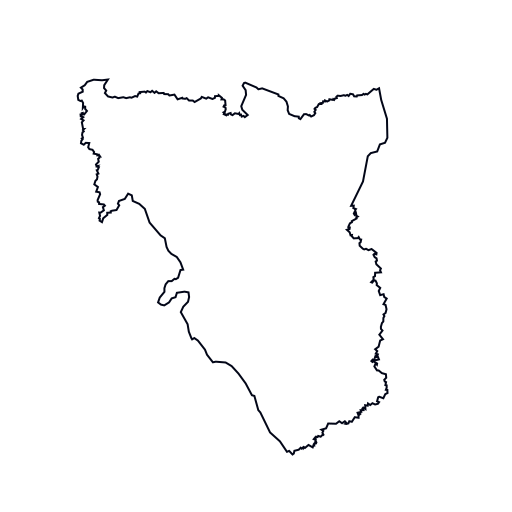 the district of Si That, Udon Thani, Thailand, rotated 260°
{"feature_id": "78962969B71441288528708", "entity_name": "Si That", "entity_type": "district", "adm_level": 2, "iso_a3": "THA", "parent_name": "Thailand", "parent_adm1": "Udon Thani", "projection": "mercator", "projection_center": [103.258, 17.041], "detail": "fine", "context": "isolated", "style": "outline", "palette": "ink", "viewbox_px": 512, "rotation_deg": 260, "n_neighbors": 0, "source": "geoboundaries", "source_scale": "gbopen_adm2", "svg_char_len": 6091}
<svg xmlns="http://www.w3.org/2000/svg" viewBox="0 0 512 512"><g transform="rotate(260 256 256)"><path d="M307.4,157.0L292.9,165.6L289.3,169.3L280.4,169.5L276.4,170.6L272.8,173.0L268.8,177.8L262.9,180.5L255.2,181.9L255.3,179.2L248.1,175.5L247.1,173.0L247.7,171.8L245.9,168.6L246.5,165.3L243.8,162.1L240.2,160.2L236.6,159.6L231.8,154.0L227.3,151.5L224.6,154.0L223.3,157.1L225.4,162.3L228.9,165.6L229.4,169.6L233.5,171.7L233.3,179.4L231.9,183.2L227.2,183.0L222.7,181.1L218.7,175.6L213.8,172.2L200.7,176.8L193.1,176.7L186.3,178.1L185.0,178.6L185.9,181.0L182.8,184.1L172.6,189.5L167.3,190.6L158.8,195.1L158.9,198.1L156.4,207.6L151.8,212.9L143.3,218.3L132.3,223.7L119.6,227.8L118.5,230.1L103.8,231.5L101.2,233.1L79.8,239.2L69.3,247.4L57.8,252.5L58.3,254.8L54.2,257.5L54.9,258.9L57.5,260.0L57.8,264.4L59.4,266.7L58.4,267.4L59.4,269.2L58.5,269.3L59.3,270.2L58.5,270.9L60.8,274.9L57.7,278.6L60.0,279.9L59.5,280.5L61.1,280.8L61.0,282.5L61.9,283.1L62.6,282.9L62.0,281.8L64.5,282.9L65.6,281.1L66.7,282.4L65.5,282.8L67.6,283.8L67.0,285.2L68.0,286.0L66.8,288.3L68.5,290.7L67.5,291.6L70.4,290.7L72.0,291.9L73.6,290.3L74.1,295.1L78.5,298.0L76.9,305.7L78.8,309.3L76.4,311.7L77.8,314.8L76.1,315.9L75.3,314.8L74.9,315.7L75.1,317.9L77.1,319.2L76.1,321.6L80.1,325.3L78.9,328.9L81.2,329.3L82.3,331.2L83.6,330.1L82.8,329.0L84.0,328.8L84.2,332.6L86.0,332.3L85.6,334.9L87.3,334.3L88.1,335.3L86.3,337.2L90.1,337.6L89.2,340.0L91.3,340.7L89.4,342.6L90.8,345.1L89.1,347.5L89.3,350.4L90.7,351.8L91.9,350.0L95.7,351.8L96.0,352.9L93.8,356.7L97.5,359.3L98.2,361.7L101.3,362.1L101.7,360.7L103.6,361.8L105.9,362.2L106.4,361.0L109.2,362.2L110.1,361.0L111.8,360.8L113.5,363.1L117.0,363.4L118.8,359.6L122.0,356.9L122.3,355.3L126.7,353.4L129.5,355.2L128.0,356.2L129.1,356.6L131.3,354.1L132.4,354.4L131.4,352.3L132.5,351.4L133.8,353.0L132.6,356.1L132.8,359.1L135.8,358.5L135.3,355.5L136.7,356.2L137.0,358.2L138.0,358.9L139.0,357.0L141.3,358.9L143.5,357.2L145.4,361.0L151.2,363.6L152.0,366.6L157.1,363.8L160.6,367.6L162.5,366.4L164.6,366.7L168.1,368.4L169.4,370.0L172.9,370.7L174.5,372.0L176.3,371.4L177.4,373.7L180.9,375.3L185.3,375.1L186.4,373.2L191.4,377.3L193.3,375.2L196.2,375.0L195.9,371.5L200.2,370.8L203.0,372.8L206.4,369.8L208.1,370.3L211.0,369.4L211.4,367.9L209.6,365.8L210.2,364.9L212.3,367.8L214.8,367.9L215.5,369.7L218.8,370.4L218.2,376.2L220.4,375.7L222.0,376.8L226.9,373.1L229.8,372.9L230.4,374.3L232.8,374.3L234.2,372.7L236.8,371.9L237.6,373.0L236.7,374.8L238.1,375.3L242.8,371.0L242.2,367.8L244.0,365.6L243.7,363.7L244.6,362.5L248.1,359.9L250.7,360.1L251.4,361.4L253.9,362.4L254.3,361.2L256.8,360.4L255.9,359.4L256.4,355.3L259.0,353.7L260.0,354.1L260.0,352.7L263.0,352.4L266.0,350.1L266.3,352.8L267.8,353.3L268.2,351.9L268.9,352.1L271.9,354.2L272.6,356.3L273.7,356.4L275.5,361.6L276.7,361.5L277.2,363.0L278.2,361.9L280.3,361.9L279.3,360.3L280.8,359.7L282.2,360.7L281.8,361.8L284.1,361.6L284.9,362.5L286.2,360.2L288.6,361.0L288.9,358.4L310.8,374.3L334.8,383.4L337.4,386.9L337.9,393.5L344.4,397.4L345.1,402.7L349.6,405.9L368.4,408.8L388.0,406.4L399.8,406.3L398.8,403.5L400.1,401.0L395.8,393.7L396.6,392.4L396.1,391.0L397.0,390.1L396.1,388.3L396.6,383.5L395.6,382.9L396.2,380.4L398.4,379.6L399.4,377.0L397.5,375.0L398.8,373.8L398.3,371.8L399.1,370.5L398.9,367.1L399.7,364.2L398.8,362.8L397.5,363.0L397.3,361.0L396.2,360.1L397.1,359.3L396.4,358.8L397.6,355.5L396.5,355.1L395.8,352.9L397.2,351.0L396.2,350.7L396.7,349.0L395.2,348.4L395.3,346.2L394.4,346.5L394.7,344.2L392.1,342.1L391.6,340.2L390.7,339.2L389.5,340.1L387.8,338.5L386.4,339.2L384.6,337.5L383.8,334.5L385.5,333.4L385.1,332.7L387.0,330.1L387.3,327.9L383.1,323.5L384.2,322.1L385.8,322.3L387.0,318.2L390.2,313.3L394.1,312.5L397.7,313.4L402.7,312.8L406.5,310.6L409.7,305.9L411.2,306.1L420.0,291.2L419.8,287.3L421.9,285.7L428.6,275.5L428.4,274.2L426.0,272.4L421.1,274.6L416.4,274.2L406.1,267.5L402.4,267.9L396.3,272.3L394.7,269.1L396.1,268.1L395.8,266.1L397.8,265.8L397.6,264.6L399.6,264.3L398.9,263.5L400.2,260.0L398.8,257.3L399.9,255.8L401.2,255.8L400.9,253.3L399.9,252.8L400.6,251.1L399.9,250.9L401.3,248.9L402.4,249.8L403.1,249.1L403.6,250.5L405.9,251.7L407.5,251.7L408.7,250.0L409.9,250.9L409.9,252.2L414.5,252.6L415.9,251.3L416.2,249.2L417.7,249.9L420.7,247.3L420.1,247.2L420.5,243.4L418.9,243.0L418.2,240.4L420.6,236.4L419.6,234.3L422.1,230.2L420.7,229.0L418.3,222.3L420.1,220.7L420.7,217.1L423.5,215.1L423.1,213.6L423.9,210.9L424.6,210.8L423.9,206.0L429.1,203.7L429.1,198.6L430.6,197.6L431.4,193.7L432.6,193.4L433.2,188.4L435.5,186.3L434.3,184.4L436.7,182.4L435.6,180.5L437.3,177.6L436.1,176.0L437.2,174.9L437.6,170.0L436.4,170.1L436.4,168.5L433.6,166.7L434.5,164.7L433.5,160.9L434.2,159.4L434.0,155.6L435.4,152.9L435.4,147.7L437.4,144.7L437.0,142.2L438.8,138.0L442.7,135.5L444.9,137.2L447.8,135.5L450.6,136.2L455.5,140.8L455.8,134.9L457.8,126.8L456.8,120.0L453.9,117.0L452.2,112.8L450.1,114.2L447.9,113.9L446.7,109.3L444.6,108.2L440.6,108.1L439.1,110.1L439.3,111.4L436.7,112.3L431.9,111.2L433.2,112.5L432.7,113.7L430.5,113.3L428.2,114.7L425.2,111.3L425.7,110.2L427.0,110.3L426.9,109.3L425.7,109.5L425.8,107.8L423.2,107.6L424.3,108.2L422.7,110.0L421.3,107.6L419.5,109.7L417.9,107.7L411.0,107.8L410.9,108.6L410.1,107.4L408.6,108.0L407.9,106.6L405.4,105.7L402.5,106.1L402.0,104.9L401.1,105.5L399.8,104.0L397.4,103.2L395.5,105.7L397.0,108.0L396.2,111.4L392.2,109.6L390.2,110.5L389.0,113.4L386.6,114.6L385.0,113.9L383.8,117.1L382.7,117.2L383.1,118.8L380.9,119.8L381.0,118.9L379.8,118.7L379.1,117.4L376.2,117.5L373.9,114.3L372.1,114.6L372.1,115.7L371.6,115.0L370.8,116.7L368.3,115.1L368.1,114.1L364.5,115.1L364.1,113.3L361.7,113.7L359.1,112.7L357.9,110.9L354.6,109.2L351.4,112.3L347.1,109.8L345.9,113.0L343.9,113.2L338.5,109.7L336.9,109.6L336.1,110.8L334.5,110.5L333.2,115.1L331.8,115.9L330.7,113.7L327.4,114.1L325.7,110.5L326.0,109.2L322.6,109.4L320.5,107.9L319.7,108.7L318.0,108.1L316.1,110.2L319.7,112.1L322.3,116.7L324.4,117.0L324.0,120.5L325.3,120.7L325.6,122.1L325.5,126.6L329.7,130.1L331.5,129.1L334.0,130.6L335.0,136.7L339.6,140.9L337.3,144.2L331.6,144.2L327.6,150.1L321.7,154.7L307.4,157.0Z" fill="none" stroke="#020617" stroke-width="2"/></g></svg>